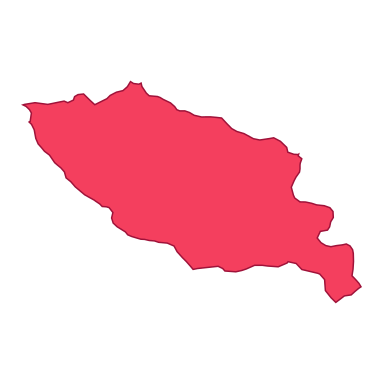 Choirokoitia, Larnaca, Cyprus
{"feature_id": "46923920B55187515304713", "entity_name": "Choirokoitia", "entity_type": "district", "adm_level": 2, "iso_a3": "CYP", "parent_name": "Cyprus", "parent_adm1": "Larnaca", "projection": "robinson", "projection_center": [33.342, 34.796], "detail": "fine", "context": "isolated", "style": "filled", "palette": "rose", "viewbox_px": 384, "rotation_deg": 0, "n_neighbors": 0, "source": "geoboundaries", "source_scale": "gbopen_adm2", "svg_char_len": 2093}
<svg xmlns="http://www.w3.org/2000/svg" viewBox="0 0 384 384"><path d="M130.5,81.6L127.4,86.7L123.0,90.6L116.4,92.2L110.2,95.4L106.9,98.7L94.8,104.7L90.2,100.5L83.6,94.0L78.0,94.6L74.6,96.6L73.4,100.1L67.8,102.7L64.1,101.1L59.0,102.1L47.8,104.4L35.0,102.7L24.5,104.4L23.0,104.9L26.1,106.4L29.5,109.7L31.4,113.0L30.2,121.3L29.1,122.0L31.5,124.3L34.2,129.7L35.8,138.4L38.2,144.0L41.2,147.3L44.5,151.3L49.5,155.1L54.7,162.7L57.6,165.2L60.9,167.9L64.4,171.9L66.1,177.9L70.8,181.7L75.3,186.9L84.7,194.8L94.2,200.1L95.8,201.3L99.7,203.9L102.2,206.5L106.4,206.8L109.1,207.6L112.9,212.5L111.6,218.0L113.2,223.1L117.2,226.8L125.4,231.9L127.7,234.8L131.7,236.5L138.4,238.5L140.8,239.2L144.6,239.4L149.3,240.5L154.4,240.9L158.6,242.3L167.3,243.1L174.0,246.0L174.9,247.6L177.1,251.7L182.5,257.7L186.3,261.5L190.7,266.5L193.1,269.4L197.5,268.5L218.1,266.3L222.7,268.5L224.9,271.0L235.8,271.8L241.7,270.5L246.2,269.0L254.6,265.3L262.2,265.3L267.5,266.0L278.2,266.8L287.1,263.0L288.1,261.7L296.2,263.5L301.8,269.5L317.8,273.3L319.8,274.1L324.6,279.6L325.4,290.6L331.2,297.9L335.8,302.4L341.1,298.4L344.4,295.9L351.2,294.9L354.8,291.6L358.6,288.4L361.0,286.8L358.9,283.3L356.1,280.1L352.0,275.8L353.0,269.3L353.5,261.5L353.5,261.3L353.3,253.4L352.6,249.7L350.0,245.9L346.3,244.0L342.2,244.9L336.5,245.6L330.9,246.7L325.8,245.6L321.0,242.7L317.2,238.0L320.3,231.4L327.5,230.1L329.6,226.9L330.7,221.8L333.3,217.5L333.0,211.5L329.9,207.7L324.2,205.7L316.6,204.9L311.7,203.3L305.5,202.0L300.0,201.9L294.7,198.0L293.4,195.1L291.3,187.2L294.2,180.5L296.0,177.1L299.5,172.1L300.0,168.9L300.0,164.8L300.3,163.0L301.8,158.8L298.2,155.9L298.6,154.2L298.1,154.5L293.9,154.3L287.8,152.2L286.7,147.4L280.4,141.3L273.7,137.8L269.2,138.6L259.8,140.0L253.4,138.7L244.0,133.6L236.9,131.5L231.7,128.6L227.0,123.8L221.6,118.0L216.4,117.4L210.8,116.9L205.7,116.9L201.7,117.0L194.2,115.3L189.5,112.5L184.9,110.9L179.8,110.9L176.8,109.7L174.7,106.6L170.5,102.9L163.2,99.4L160.1,97.5L157.4,96.5L149.2,95.8L146.3,93.1L141.9,86.5L141.1,83.1L138.9,84.2L133.5,83.5L130.5,81.6Z" fill="#f43f5e" stroke="#9f1239" stroke-width="1.5"/></svg>